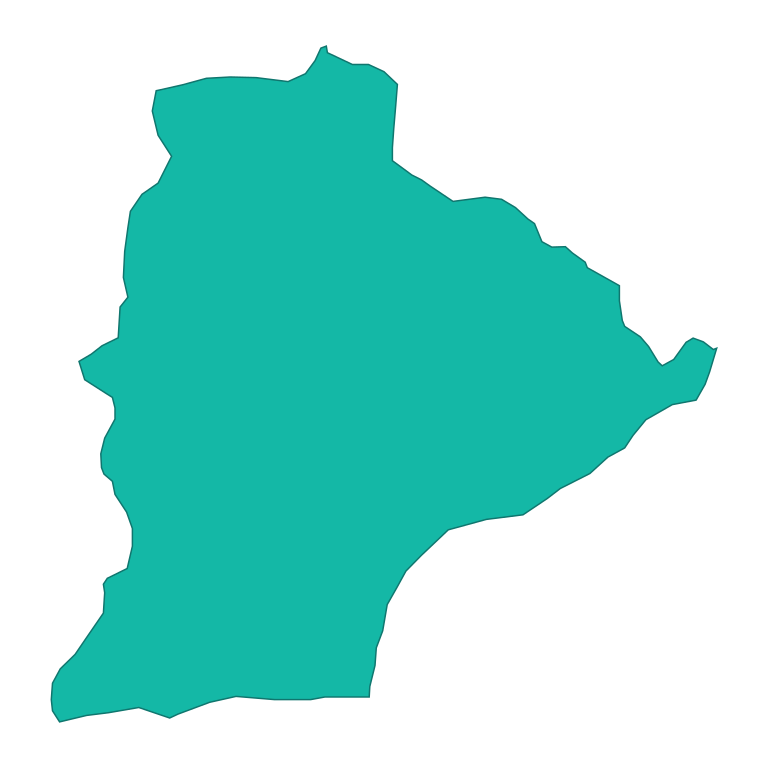 Mazotos, Larnaca, Cyprus
{"feature_id": "46923920B50893737642060", "entity_name": "Mazotos", "entity_type": "district", "adm_level": 2, "iso_a3": "CYP", "parent_name": "Cyprus", "parent_adm1": "Larnaca", "projection": "natural_earth1", "projection_center": [33.494, 34.799], "detail": "fine", "context": "isolated", "style": "filled", "palette": "teal", "viewbox_px": 768, "rotation_deg": 0, "n_neighbors": 0, "source": "geoboundaries", "source_scale": "gbopen_adm2", "svg_char_len": 1638}
<svg xmlns="http://www.w3.org/2000/svg" viewBox="0 0 768 768"><path d="M326.3,46.1L320.9,48.1L315.1,60.6L305.5,73.7L288.1,81.6L255.9,77.6L255.3,77.6L230.2,77.0L206.4,78.3L182.6,84.8L159.5,90.0L156.2,90.7L152.3,111.0L158.1,135.3L171.6,156.3L158.1,183.1L142.0,194.3L130.4,211.3L127.9,227.7L124.7,251.3L123.4,277.5L127.9,297.2L120.1,307.0L118.2,337.8L102.1,345.7L91.2,354.2L79.0,361.4L84.7,379.7L107.3,394.2L112.4,397.4L115.0,407.9L115.0,419.1L104.7,438.1L100.8,453.8L101.5,467.6L104.0,474.1L112.4,481.3L115.0,494.4L126.6,512.1L132.4,528.5L132.4,546.2L127.2,568.5L107.3,578.3L103.4,584.2L104.7,592.8L104.4,597.0L103.4,613.1L85.4,639.3L75.1,654.4L60.3,668.8L52.5,683.2L51.3,699.6L52.5,710.8L59.6,721.9L68.7,719.7L86.7,715.4L108.5,712.7L138.8,707.5L169.7,718.0L178.0,714.1L209.6,702.3L236.0,696.4L274.6,699.6L310.6,699.6L324.8,697.0L351.8,697.0L369.2,697.0L369.8,686.5L375.0,665.5L376.3,647.8L382.7,630.8L387.2,604.6L396.9,587.5L405.9,571.1L421.3,555.4L448.3,529.8L486.3,519.4L523.0,514.8L547.4,498.4L560.3,488.5L589.9,473.5L607.9,457.1L624.7,447.9L633.0,435.4L645.9,419.7L672.3,404.6L696.1,400.1L705.1,384.3L709.6,371.9L716.7,348.2L713.3,349.5L703.4,341.9L693.1,338.1L686.1,342.3L673.7,359.5L662.2,365.8L658.1,362.0L648.6,346.5L640.4,336.9L624.7,326.4L622.3,320.5L619.4,300.8L619.4,285.7L587.3,267.7L585.2,262.2L572.4,253.0L565.4,246.7L551.8,247.1L541.9,241.7L534.5,223.6L527.9,219.0L515.6,207.7L501.6,199.3L485.1,197.2L453.0,201.4L429.9,185.9L421.7,180.0L411.8,175.0L392.4,160.7L392.4,147.7L393.7,129.3L395.7,105.8L397.4,84.4L384.0,71.7L368.5,64.5L352.4,64.5L327.4,52.7L326.3,46.1Z" fill="#14b8a6" stroke="#0f766e" stroke-width="1.5"/></svg>